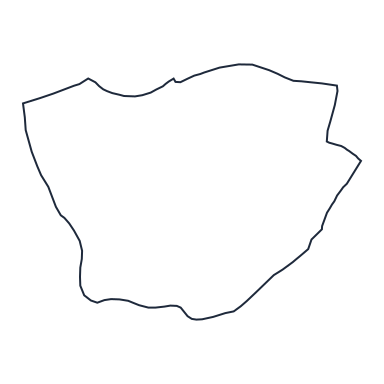 Saniuta, Tuvalu
{"feature_id": "33948139B55314492398689", "entity_name": "Saniuta", "entity_type": "district", "adm_level": 2, "iso_a3": "TUV", "parent_name": "Tuvalu", "parent_adm1": "", "projection": "robinson", "projection_center": [178.686, -7.494], "detail": "fine", "context": "isolated", "style": "outline", "palette": "slate", "viewbox_px": 384, "rotation_deg": 0, "n_neighbors": 0, "source": "geoboundaries", "source_scale": "gbopen_adm2", "svg_char_len": 1463}
<svg xmlns="http://www.w3.org/2000/svg" viewBox="0 0 384 384"><path d="M23.0,103.4L24.8,117.3L25.7,130.1L31.7,151.7L37.3,166.3L41.1,175.2L48.3,186.8L55.9,206.8L60.8,215.3L64.4,217.9L69.2,223.4L74.0,230.6L79.7,240.9L82.1,250.8L81.8,259.0L80.3,267.6L80.0,276.8L80.3,285.7L84.2,295.3L90.9,300.5L97.3,302.7L104.4,300.1L111.1,299.1L119.5,299.4L128.2,300.8L133.1,302.8L139.1,305.2L148.4,307.6L155.4,307.6L164.4,306.6L170.4,305.6L176.8,305.9L180.7,307.6L184.0,311.7L187.6,316.2L191.8,318.9L196.4,319.6L202.1,319.3L213.2,316.9L225.3,313.1L233.7,311.4L240.7,306.3L246.7,301.1L256.1,292.2L273.8,275.1L282.6,269.6L292.8,262.1L295.5,259.8L300.1,256.0L308.2,249.1L311.5,239.5L321.9,229.3L322.1,226.1L324.3,220.1L327.0,212.7L329.8,208.3L332.0,204.5L334.3,201.3L337.1,195.5L340.5,191.0L343.2,187.2L346.8,183.8L361.0,160.9L358.2,158.5L356.0,155.9L352.7,153.7L349.1,151.0L347.1,149.8L344.7,147.9L341.2,146.0L336.5,144.8L332.5,143.6L329.2,142.7L326.8,141.5L327.6,130.7L330.3,121.5L334.8,105.1L337.5,91.0L336.9,85.6L321.8,83.4L310.9,82.3L301.4,81.3L293.4,80.8L284.8,77.4L277.6,73.8L269.2,70.2L252.3,64.6L238.7,64.4L219.6,67.6L204.2,72.5L200.3,74.0L194.3,75.6L187.8,78.6L180.4,82.2L175.5,81.9L173.6,78.6L168.8,81.5L165.6,83.9L162.9,86.3L156.3,89.5L150.7,92.6L142.3,95.2L135.0,96.4L129.4,96.2L124.0,96.0L119.6,94.8L112.3,93.1L107.0,91.1L103.2,89.3L99.1,86.1L95.4,82.3L88.2,78.5L79.4,84.1L74.1,85.7L53.3,93.6L40.0,98.1L23.0,103.4Z" fill="none" stroke="#1e293b" stroke-width="2"/></svg>